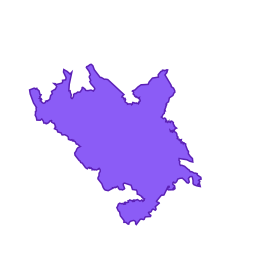 outline of Cuayuca de Andrade, Puebla, Mexico, rotated 232°
{"feature_id": "50627088B9044190088910", "entity_name": "Cuayuca de Andrade", "entity_type": "district", "adm_level": 2, "iso_a3": "MEX", "parent_name": "Mexico", "parent_adm1": "Puebla", "projection": "orthographic", "projection_center": [-98.207, 18.433], "detail": "fine", "context": "isolated", "style": "filled", "palette": "violet", "viewbox_px": 256, "rotation_deg": 232, "n_neighbors": 0, "source": "geoboundaries", "source_scale": "gbopen_adm2", "svg_char_len": 5731}
<svg xmlns="http://www.w3.org/2000/svg" viewBox="0 0 256 256"><g transform="rotate(232 128 128)"><path d="M46.2,83.9L46.1,84.6L47.1,86.2L47.2,87.1L44.4,91.2L45.1,92.2L46.5,91.8L48.6,92.0L48.8,92.8L47.8,94.0L47.8,94.6L48.9,97.0L48.6,97.9L46.4,98.9L46.5,99.5L46.8,100.2L49.2,101.1L49.5,106.3L50.2,106.4L51.8,105.4L52.8,105.4L54.4,112.5L54.3,113.5L53.6,114.0L53.1,115.1L57.3,123.7L56.7,124.5L56.1,124.2L56.0,123.0L56.4,121.9L55.6,121.2L54.3,121.8L51.3,125.9L51.3,127.7L52.3,128.3L52.6,127.1L53.0,128.6L53.8,129.1L56.0,128.6L57.2,129.7L57.4,130.4L57.1,130.8L56.1,130.8L55.6,131.5L55.8,133.2L57.1,135.9L56.3,138.0L55.1,139.9L51.6,140.6L48.7,140.7L47.5,141.5L47.7,143.0L51.1,144.6L51.4,147.1L50.5,148.4L49.6,148.4L46.7,147.0L44.1,145.0L42.6,145.1L40.2,146.5L37.4,148.9L39.9,150.0L40.3,148.2L40.6,148.4L40.8,150.3L41.7,151.7L43.3,151.4L43.4,152.2L42.7,154.1L44.3,155.0L47.9,153.8L49.0,153.9L49.5,154.4L51.1,153.2L51.5,152.5L54.4,151.3L55.2,150.2L57.6,150.3L58.3,149.9L63.0,149.0L65.6,147.4L66.2,146.3L67.7,146.5L69.1,147.4L69.5,148.2L71.2,148.3L72.5,149.5L66.7,154.9L63.6,156.3L61.3,158.1L64.3,160.0L67.3,159.6L70.5,159.7L72.4,161.3L73.8,161.2L78.8,162.7L79.9,163.6L81.4,162.8L81.9,163.0L82.2,162.6L81.8,161.9L83.3,162.3L83.5,160.8L84.4,161.1L86.0,162.9L86.3,162.3L86.1,161.1L86.7,160.8L87.6,161.4L89.3,160.3L89.7,160.6L90.0,161.8L91.7,161.7L93.2,162.8L95.0,163.0L97.3,162.0L97.3,160.4L98.3,160.1L99.0,159.3L100.1,159.8L99.4,159.9L99.2,160.4L98.2,160.8L98.1,161.4L98.5,162.1L97.7,163.2L98.4,164.6L98.0,166.2L100.8,165.5L101.1,165.9L103.4,166.2L104.4,167.1L106.5,166.7L107.0,165.7L106.3,164.9L107.9,164.1L108.3,164.4L108.0,162.7L108.7,162.6L109.7,161.5L110.2,162.0L110.0,163.0L111.5,163.0L112.3,163.4L113.3,163.0L113.6,161.6L116.1,161.0L116.1,162.0L117.1,163.9L117.2,165.6L119.4,167.7L118.8,168.0L119.9,168.5L121.4,171.0L121.8,171.0L122.5,172.8L123.4,172.7L123.8,174.7L123.7,176.0L126.3,179.2L126.0,183.4L127.3,185.7L127.3,186.9L128.7,187.8L131.4,188.4L133.9,187.6L135.2,188.3L146.9,189.8L147.2,190.1L147.7,192.6L148.0,193.1L148.2,192.9L149.3,195.0L149.9,194.6L150.6,192.1L151.3,191.9L152.2,190.9L151.8,190.7L152.3,188.7L151.4,184.6L149.4,183.3L152.3,178.0L151.3,173.1L150.0,170.7L154.0,164.9L154.2,161.1L153.7,157.0L154.5,154.4L154.3,154.1L153.5,154.7L152.6,154.3L151.6,153.0L150.1,153.3L149.2,152.9L147.8,153.2L148.2,153.5L147.8,153.9L144.6,154.6L145.4,155.0L145.1,155.7L144.9,155.3L142.0,154.5L141.7,153.9L142.1,153.2L141.1,152.3L141.5,151.9L140.8,151.1L141.4,150.9L141.8,150.1L142.6,150.0L143.2,148.7L144.3,148.3L145.2,147.4L144.1,146.1L144.1,145.3L144.7,145.6L146.0,144.2L146.9,142.4L147.2,142.9L150.1,141.8L150.8,142.0L151.8,143.5L153.3,143.9L153.8,143.1L153.5,142.7L155.3,143.0L156.2,142.3L156.7,143.1L156.8,145.4L178.6,141.9L180.2,140.5L180.9,139.4L184.2,138.1L185.0,137.2L194.6,137.3L198.7,138.6L200.7,138.3L201.3,137.4L201.4,134.4L201.8,133.2L201.3,132.4L196.4,132.2L195.0,131.6L193.6,131.5L192.8,130.7L192.6,129.5L192.0,128.8L188.7,128.0L188.3,127.7L188.2,126.5L185.7,126.0L180.5,126.3L179.2,125.9L178.4,123.5L180.7,122.2L182.1,119.4L183.7,117.8L185.1,118.1L187.9,117.4L188.1,116.8L186.8,115.5L185.9,112.6L186.2,111.6L187.3,110.5L187.2,108.1L187.8,107.6L188.0,105.9L186.7,104.8L186.0,103.6L185.5,102.3L186.1,101.7L187.5,102.0L189.0,103.7L191.3,104.3L193.1,105.3L193.8,104.3L198.6,108.6L206.6,118.1L206.2,115.6L210.0,114.9L213.6,113.4L211.8,111.6L205.7,110.2L204.3,108.5L205.9,105.8L204.6,105.0L204.1,103.5L206.4,98.3L207.7,98.0L208.6,97.0L206.8,97.3L206.8,97.7L204.5,97.3L203.2,94.4L203.5,94.0L203.9,90.3L201.6,89.5L201.2,87.0L198.8,84.1L198.8,81.0L199.3,81.1L199.8,79.7L199.5,79.7L199.0,78.4L199.3,76.8L199.7,76.5L201.5,75.9L202.4,76.3L203.3,75.6L204.0,76.1L203.7,77.5L204.1,77.6L205.6,76.6L205.4,77.5L206.5,77.3L207.2,77.8L207.0,78.6L207.7,80.0L208.7,79.3L212.1,80.8L214.7,80.3L215.4,80.6L215.7,80.0L215.2,79.9L215.5,79.2L216.0,79.3L216.8,78.6L217.2,78.6L218.6,73.9L215.0,71.9L205.9,69.0L200.5,68.5L200.4,67.9L197.9,66.3L198.0,65.3L196.0,63.7L195.4,62.8L192.6,62.2L190.4,61.0L188.1,63.7L188.2,65.6L185.5,65.5L183.7,64.7L182.6,66.1L181.8,66.1L181.9,66.6L181.4,66.9L181.1,68.6L181.6,71.3L181.0,72.1L181.0,72.9L180.6,71.7L179.7,71.4L177.4,72.3L177.0,72.8L173.3,71.6L173.5,71.0L173.0,70.8L172.7,69.6L170.4,70.8L169.6,70.8L168.2,70.2L165.4,72.2L163.1,71.8L161.6,74.1L159.1,75.2L157.9,75.4L155.6,74.1L154.9,74.8L154.0,75.0L153.4,76.5L152.5,76.2L152.0,76.4L152.2,77.2L151.8,77.6L151.2,77.1L149.7,78.0L147.1,77.4L146.3,78.4L145.0,78.4L144.4,78.8L143.5,78.7L142.8,79.0L143.3,76.5L142.9,74.7L141.9,73.1L141.1,70.6L139.2,69.5L132.6,69.5L131.2,69.9L130.0,69.5L128.4,70.3L122.9,70.1L120.9,70.8L121.1,72.6L120.5,73.5L119.8,73.1L119.2,74.3L118.8,74.0L118.0,74.6L117.1,74.0L116.7,75.2L115.8,75.5L115.7,76.3L114.4,77.2L113.8,79.2L114.2,79.7L113.9,80.5L112.1,80.3L110.9,79.4L110.2,77.4L108.2,75.7L107.4,73.9L106.4,73.0L100.1,73.0L96.4,71.8L94.0,71.6L93.1,71.9L90.8,73.8L89.9,78.9L90.4,79.1L89.7,79.8L89.6,80.8L88.8,81.3L88.9,81.9L88.4,82.6L88.6,83.6L87.2,83.9L86.2,83.3L84.5,83.6L83.7,84.8L82.6,85.5L82.2,87.4L82.4,88.1L85.8,89.1L86.9,89.9L86.9,91.0L86.5,91.5L81.0,95.2L76.8,93.7L73.9,96.4L72.2,96.0L70.2,94.6L68.9,95.5L65.7,96.6L65.0,96.3L64.3,96.9L63.5,96.5L62.3,96.6L62.0,97.3L61.1,96.3L61.1,94.6L62.2,94.8L62.9,94.4L62.7,93.6L63.2,92.3L65.8,91.4L66.3,89.7L67.8,88.1L67.8,87.8L66.4,87.7L67.2,86.5L68.0,86.9L68.6,86.0L70.2,85.2L70.2,83.6L70.5,83.2L69.3,82.6L70.0,81.0L71.2,80.2L71.5,79.2L71.0,78.9L70.4,79.4L69.7,79.1L70.5,77.7L71.9,77.2L72.3,76.3L73.9,75.1L73.9,73.5L72.6,71.5L72.2,70.2L68.8,69.4L67.1,69.7L63.5,67.9L57.5,67.9L56.2,66.7L54.9,68.3L52.6,68.7L51.9,69.2L51.8,69.6L52.7,70.5L53.0,72.5L51.8,75.4L51.0,76.0L49.6,76.3L47.7,75.0L46.8,75.1L48.5,81.4L48.0,82.5L46.2,83.9Z" fill="#8b5cf6" stroke="#5b21b6" stroke-width="1.5"/></g></svg>